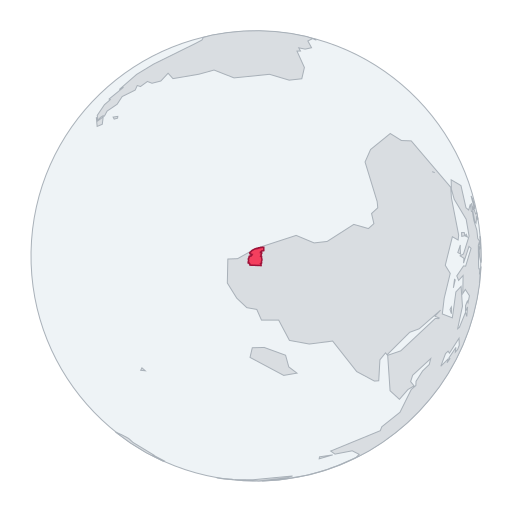 Karas highlighted on a globe, orthographic projection, rotated 91°
{"feature_id": "NAM-3338", "entity_name": "Karas", "entity_type": "Region", "adm_level": 1, "iso_a3": "NAM", "parent_name": "Namibia", "parent_adm1": "", "projection": "orthographic", "projection_center": [17.311, -26.98], "detail": "fine", "context": "on_globe", "style": "filled", "palette": "rose", "viewbox_px": 512, "rotation_deg": 91, "n_neighbors": 0, "source": "natural_earth", "source_scale": "10m", "svg_char_len": 7003}
<svg xmlns="http://www.w3.org/2000/svg" viewBox="0 0 512 512"><g transform="rotate(91 256 256)"><circle cx="256" cy="256" r="225" fill="#eef3f6" stroke="#a8b0b8"/><path d="M35.6,209.6L38.6,199.8L37.7,203.3L40.1,207.9L46.8,204.1L48.3,210.5L47.1,216.9L50.3,215.1L50.4,218.6L66.7,210.9L78.0,213.3L79.6,225.9L74.1,245.7L78.3,281.1L70.8,301.2L75.2,316.1L80.1,342.1L74.8,347.1L82.7,354.2L85.1,363.0L83.4,367.6L88.6,374.5L87.6,377.7L92.2,379.7L98.9,392.6L106.7,397.5L113.7,407.4L118.8,410.0L118.4,411.3L120.2,414.1L123.1,416.3L118.2,417.2L107.4,410.2L102.2,404.4L101.6,405.6L89.6,391.4L91.9,395.6L76.5,378.5L65.9,361.7L44.2,319.6L41.0,313.8L38.4,312.5L35.9,304.0L33.1,288.4L31.3,272.6L30.7,256.8L31.2,240.9L32.8,225.2L35.6,209.6ZM129.2,417.1L120.0,418.1L123.9,416.9L119.6,411.2L127.0,412.0L129.2,417.1ZM119.6,401.3L118.8,396.6L120.6,396.8L121.6,400.2L119.6,401.3ZM257.7,30.7L257.0,30.7L255.6,30.8L258.9,31.0L252.9,32.4L246.2,32.9L242.1,31.5L232.3,32.5L233.4,31.9L235.1,31.7L257.7,30.7ZM473.8,198.5L473.4,197.0L476.1,209.6L479.6,229.0L480.9,246.0L479.8,235.8L478.1,220.6L476.5,213.0L474.4,201.3L468.1,180.3L466.9,178.2L464.5,171.4L455.8,152.5L452.5,149.4L449.1,156.4L452.7,173.6L449.7,177.9L436.0,146.1L428.5,128.7L424.5,127.2L409.7,109.3L386.7,98.4L382.7,93.9L378.5,93.8L368.0,87.4L361.5,80.9L355.5,79.5L372.5,97.3L378.9,99.2L383.1,95.7L386.8,101.7L396.8,110.1L388.4,119.6L353.0,122.6L348.3,109.6L315.2,75.5L315.5,72.7L315.3,72.4L314.8,71.7L313.0,76.1L306.9,70.5L325.9,91.5L329.6,101.0L352.5,123.2L350.6,124.8L357.6,130.3L378.6,131.1L379.0,135.4L369.8,153.3L339.7,177.9L343.1,201.2L339.8,221.1L319.7,232.2L320.0,249.4L309.4,254.3L307.8,264.3L298.5,274.5L283.5,284.2L259.5,284.1L259.0,274.4L248.6,256.5L234.7,216.2L241.9,198.1L240.2,185.1L222.7,158.8L226.6,144.1L221.6,138.7L211.5,141.2L205.7,135.1L199.5,135.8L160.1,148.6L147.5,143.3L131.2,123.9L138.0,112.6L138.2,102.8L183.9,62.5L194.6,61.6L231.7,53.7L236.5,54.2L233.3,60.0L262.0,66.6L270.0,61.5L294.9,67.1L310.7,68.7L314.4,58.6L288.4,55.5L282.8,50.4L302.7,48.7L325.2,53.1L323.8,51.4L308.6,45.5L312.8,44.2L303.2,43.6L307.8,45.6L301.9,45.6L297.4,43.9L299.0,43.2L292.0,41.9L285.8,46.1L289.9,48.6L271.9,48.6L276.9,53.0L272.4,54.9L262.3,48.3L262.5,46.2L244.6,41.1L242.7,43.2L259.5,48.4L254.7,48.0L252.3,51.9L250.3,48.6L232.4,43.3L215.6,46.5L195.8,58.8L185.7,61.8L176.4,62.2L182.0,52.3L204.1,46.9L206.3,44.2L200.5,42.6L207.7,41.4L208.0,40.4L216.3,38.9L226.5,35.6L234.6,34.6L237.4,32.6L241.9,32.1L239.0,33.2L241.3,33.9L261.4,33.3L264.9,33.0L265.0,32.0L270.5,32.3L268.1,31.5L279.0,32.1L263.7,31.0L263.5,30.8L279.5,31.9L295.3,34.2L311.0,37.5L326.4,42.0L341.4,47.5L356.0,54.1L370.1,61.7L383.6,70.3L396.4,79.9L408.6,90.3L420.0,101.5L430.5,113.6L440.2,126.3L449.0,139.7L456.7,153.7L463.5,168.2L469.2,183.2L473.8,198.5ZM169.5,78.7L168.6,81.4L169.5,78.7ZM350.3,64.8L363.0,69.3L355.2,61.8L359.4,63.1L355.2,60.3L354.5,61.3L343.9,54.5L348.6,55.0L346.0,52.8L341.6,51.2L334.7,51.6L349.8,60.9L347.8,62.3L350.3,64.8ZM38.8,199.3L38.9,200.3L38.1,202.1L38.8,199.3ZM201.8,38.3L205.0,37.9L202.5,39.1L192.2,42.0L195.7,40.1L201.8,38.3ZM210.1,37.2L208.9,36.0L215.3,34.7L211.9,35.5L216.3,34.8L212.0,36.0L219.3,36.6L217.5,37.9L199.4,41.6L206.3,39.4L202.7,39.7L210.1,37.2ZM241.4,51.9L245.0,52.0L250.5,51.5L249.0,54.3L241.4,51.9ZM228.9,48.2L232.1,47.6L232.8,50.6L229.0,50.9L228.9,48.2ZM233.3,45.0L232.2,47.4L230.6,46.2L233.3,45.0ZM241.9,32.9L245.2,32.6L245.7,32.8L244.2,33.3L241.9,32.9ZM310.3,59.6L306.1,61.1L303.5,59.8L305.5,59.5L310.3,59.6ZM276.4,56.4L284.4,58.1L275.9,57.1L276.4,56.4ZM372.7,364.7L372.3,369.3L369.8,368.1L372.7,364.7ZM374.9,226.2L357.5,260.2L347.8,258.1L347.3,246.2L354.7,224.7L366.3,221.3L372.4,213.0L374.9,226.2ZM478.5,291.4L479.2,284.8L479.5,276.5L480.0,274.4L479.5,284.4L478.5,291.4ZM480.0,273.8L479.8,255.3L475.3,215.6L477.0,220.3L480.9,249.4L480.7,251.6L480.9,264.6L480.0,273.8ZM453.5,175.8L457.7,189.3L455.7,189.0L453.5,175.8ZM434.4,393.5L437.2,386.9L440.6,380.2L444.5,375.8L457.2,354.0L456.5,356.0L462.9,343.3L462.8,345.3L454.7,362.2L445.2,378.3L434.4,393.5Z" fill="#d9dde1" stroke="#a8b0b8" stroke-width="1"/><path d="M255.8,260.9L255.7,260.9L255.6,260.6L255.5,260.4L255.4,260.3L255.3,260.2L255.2,260.1L254.9,260.2L254.8,260.3L254.7,260.3L254.6,260.2L254.6,260.3L254.5,260.7L254.4,260.7L254.4,260.8L254.3,261.0L254.2,261.1L254.1,261.3L254.2,261.5L254.1,261.8L254.0,262.0L253.9,262.0L253.9,261.9L253.5,262.1L253.4,262.1L253.2,262.2L253.2,262.3L252.9,262.4L252.7,262.2L252.1,261.6L251.8,261.3L251.6,261.0L251.1,260.7L250.9,260.4L250.6,260.2L250.4,259.9L250.3,259.7L250.2,259.4L249.9,259.1L249.8,258.9L249.8,258.7L249.4,258.1L249.3,257.9L249.2,257.8L249.1,257.6L249.0,257.4L248.9,257.1L248.8,256.9L248.8,256.5L248.8,256.3L248.7,256.3L248.7,256.2L248.7,255.9L248.5,255.7L248.4,255.7L248.3,255.3L248.3,255.2L248.2,255.0L248.2,254.9L248.2,254.7L248.3,254.7L248.4,254.9L248.5,254.6L248.4,254.5L248.4,254.3L248.3,254.0L248.2,253.9L248.0,253.7L247.8,253.6L247.7,253.5L247.7,253.2L247.7,252.9L247.7,252.7L247.8,252.6L247.7,252.3L247.7,252.2L247.5,251.9L247.5,251.6L247.3,251.4L247.3,251.2L247.3,250.9L247.4,250.6L247.4,250.4L247.3,250.2L247.2,250.0L247.1,249.7L247.1,249.4L247.2,249.0L247.2,248.7L247.2,248.4L250.5,248.3L250.6,248.6L250.9,250.5L251.0,250.6L251.3,250.6L252.0,251.6L252.3,251.6L252.5,251.6L252.4,250.6L252.6,250.4L252.7,250.5L252.8,250.5L252.8,250.8L253.0,250.7L253.2,250.3L253.3,250.3L253.4,250.5L253.5,250.5L254.1,250.7L254.3,250.8L254.5,250.8L254.8,250.9L254.8,251.0L255.1,251.0L255.3,251.0L255.4,250.9L255.5,250.9L256.1,251.2L256.1,250.5L256.3,250.4L256.5,250.4L257.2,250.5L257.6,250.4L259.3,250.0L260.1,250.0L260.4,250.1L260.7,250.3L262.3,250.5L262.6,250.3L262.7,250.2L262.8,250.2L263.1,250.7L263.2,250.8L263.2,250.7L263.4,250.6L263.5,250.6L263.8,250.7L264.0,250.8L264.5,250.9L264.7,251.0L264.7,250.9L265.1,250.7L265.3,250.7L265.3,250.8L265.5,250.8L265.5,251.1L265.5,251.4L265.4,251.6L265.4,251.8L265.4,252.0L265.4,252.5L265.4,252.9L265.4,253.1L265.4,253.3L265.4,253.6L265.4,253.8L265.4,254.0L265.4,254.4L265.4,254.7L265.4,254.9L265.4,255.1L265.4,255.3L265.4,255.5L265.4,255.8L265.4,256.0L265.4,256.4L265.3,256.6L265.3,256.9L265.3,257.1L265.3,257.3L265.3,257.5L265.3,257.8L265.3,258.0L265.3,258.4L265.3,258.6L265.3,258.9L265.3,259.1L265.3,259.3L265.3,259.5L265.3,260.0L265.3,260.4L265.3,260.6L265.3,260.8L265.3,261.1L265.2,261.3L265.2,261.5L265.2,261.8L264.9,261.8L264.7,262.0L264.4,262.0L264.2,262.1L263.9,262.1L263.7,262.3L263.5,262.7L263.5,262.8L263.4,262.8L263.0,262.9L263.0,263.0L262.9,262.9L262.7,263.0L262.7,263.3L262.8,263.5L262.7,263.6L262.4,263.8L262.2,263.8L262.0,263.7L261.9,263.7L261.7,263.5L260.9,263.3L260.3,263.4L260.2,263.5L259.9,263.5L259.7,263.6L259.4,263.5L259.1,263.5L258.9,263.6L258.7,263.5L258.5,263.4L258.3,263.2L258.2,263.1L257.5,263.0L257.4,263.0L257.2,263.0L257.0,262.9L257.0,262.7L256.9,262.7L256.7,262.7L256.6,262.8L256.4,262.8L256.3,262.7L256.4,262.3L256.2,262.2L256.1,261.9L256.2,261.7L256.3,261.7L256.3,261.4L256.2,261.3L256.2,261.2L256.1,260.9L255.8,260.9Z" fill="#f43f5e" stroke="#9f1239" stroke-width="1.5"/></g></svg>